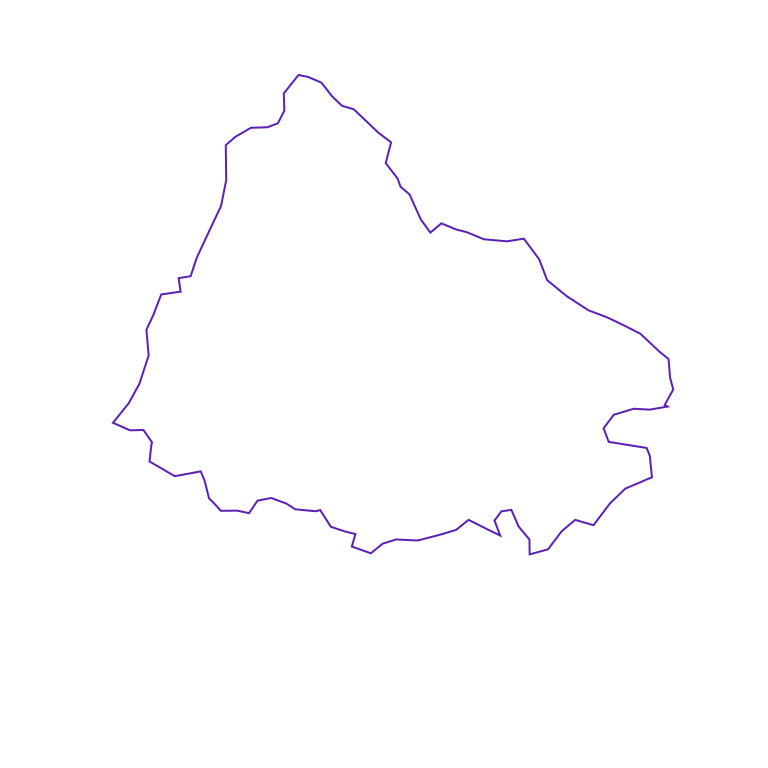 Tala, Paphos, Cyprus (Albers equal-area conic projection), rotated 37°
{"feature_id": "46923920B20038687407930", "entity_name": "Tala", "entity_type": "district", "adm_level": 2, "iso_a3": "CYP", "parent_name": "Cyprus", "parent_adm1": "Paphos", "projection": "albers", "projection_center": [32.433, 34.838], "detail": "fine", "context": "isolated", "style": "outline", "palette": "violet", "viewbox_px": 768, "rotation_deg": 37, "n_neighbors": 0, "source": "geoboundaries", "source_scale": "gbopen_adm2", "svg_char_len": 1509}
<svg xmlns="http://www.w3.org/2000/svg" viewBox="0 0 768 768"><g transform="rotate(37 384 384)"><path d="M190.9,578.1L209.1,573.8L219.5,565.5L233.8,570.2L235.5,573.8L243.4,587.0L272.4,583.5L290.2,564.1L298.8,569.1L313.1,580.6L321.0,581.7L329.9,583.5L332.3,581.7L343.1,573.4L353.9,568.4L353.2,553.3L362.5,542.9L378.2,538.2L388.5,537.5L406.1,526.7L408.9,523.1L427.5,530.0L441.5,525.3L451.5,521.0L456.1,533.2L475.4,527.1L479.0,512.4L487.2,500.9L505.1,488.7L519.4,470.7L529.4,457.1L533.3,441.6L554.8,437.7L568.0,435.1L554.4,426.5L554.4,415.0L561.5,407.9L577.3,416.8L593.8,420.7L602.8,432.4L606.6,427.6L614.5,417.3L614.5,394.9L618.4,377.5L636.3,370.7L636.3,343.8L639.6,322.5L654.1,297.2L639.6,281.5L632.3,277.0L598.3,295.0L586.0,287.2L586.0,270.3L598.3,253.5L611.7,244.5L624.0,231.4L620.8,231.9L618.3,214.3L608.7,206.8L596.2,192.8L584.4,192.4L558.6,189.6L540.4,192.8L522.6,196.4L502.9,202.1L477.2,203.9L451.8,202.9L432.9,191.0L408.2,183.8L396.4,196.0L376.7,208.3L358.9,212.9L348.5,217.2L333.1,221.2L329.9,235.2L314.6,230.5L304.6,225.1L290.3,217.2L278.5,216.5L271.3,211.8L252.4,206.5L244.2,186.7L228.4,186.7L194.5,182.8L183.1,187.1L169.8,185.6L152.7,181.0L138.4,184.5L129.8,188.7L129.7,190.2L129.1,212.3L140.0,225.8L142.3,239.7L136.4,249.1L123.5,259.5L116.5,276.1L113.9,288.5L128.7,307.6L135.2,316.0L146.7,339.8L153.4,372.0L158.5,395.9L164.7,414.3L156.3,423.0L166.0,432.7L152.2,446.5L158.1,467.1L161.6,483.6L178.9,502.9L188.5,531.0L191.7,553.0L190.9,578.1Z" fill="none" stroke="#5b21b6" stroke-width="2"/></g></svg>